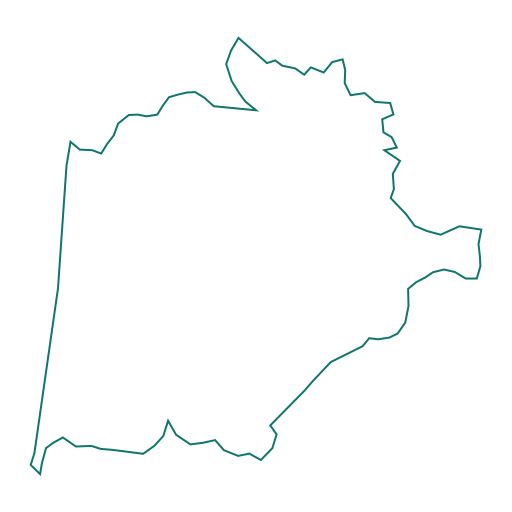 Sobradinho, Rio Grande do Sul, Brazil
{"feature_id": "56859067B99876923576431", "entity_name": "Sobradinho", "entity_type": "district", "adm_level": 2, "iso_a3": "BRA", "parent_name": "Brazil", "parent_adm1": "Rio Grande do Sul", "projection": "robinson", "projection_center": [-53.013, -29.404], "detail": "fine", "context": "isolated", "style": "outline", "palette": "teal", "viewbox_px": 512, "rotation_deg": 0, "n_neighbors": 0, "source": "geoboundaries", "source_scale": "gbopen_adm2", "svg_char_len": 1373}
<svg xmlns="http://www.w3.org/2000/svg" viewBox="0 0 512 512"><path d="M70.5,141.8L66.5,165.6L58.0,288.3L34.4,453.2L30.7,464.9L40.1,474.1L41.8,463.7L46.0,448.1L53.5,442.6L62.9,437.5L75.9,446.5L91.4,445.9L100.7,448.9L112.7,449.9L127.7,451.8L143.1,453.8L154.3,445.9L163.3,436.0L168.1,420.7L176.1,434.8L190.4,444.4L202.9,442.8L215.1,440.1L223.9,450.2L238.2,455.9L249.3,453.6L260.9,460.0L272.4,448.1L276.6,434.4L270.3,425.4L304.5,390.6L313.1,380.8L330.8,362.0L362.6,346.2L369.2,338.2L378.0,339.3L389.3,337.6L397.7,333.5L405.3,322.5L408.5,306.1L408.1,288.9L416.1,282.2L425.5,277.3L433.1,272.2L444.1,269.5L454.9,272.0L465.6,278.5L476.8,278.5L480.4,266.2L479.9,256.2L478.5,244.1L481.3,229.6L459.4,226.3L440.6,234.7L426.9,231.0L414.7,225.9L406.2,214.3L390.7,198.1L393.9,189.1L392.8,173.8L400.0,160.9L384.3,150.2L396.8,147.6L391.6,137.1L383.5,132.4L382.2,119.3L393.4,114.4L390.2,103.0L374.9,101.9L364.7,93.1L350.6,95.2L344.7,83.1L345.2,70.0L342.6,59.4L332.2,62.1L323.7,72.5L310.8,67.4L304.2,74.7L295.2,68.4L282.3,65.7L275.2,60.4L267.0,63.1L238.5,37.9L231.0,50.6L226.2,64.1L231.6,80.9L239.0,92.9L245.3,101.5L256.1,110.3L213.7,106.2L204.3,97.7L195.2,92.1L186.9,92.5L177.9,94.6L169.0,97.2L163.1,105.2L157.3,114.6L146.6,116.3L137.7,114.6L128.8,115.0L118.1,123.6L113.7,135.5L107.0,144.1L101.2,153.5L92.2,150.2L79.8,149.6L70.5,141.8Z" fill="none" stroke="#0f766e" stroke-width="2"/></svg>